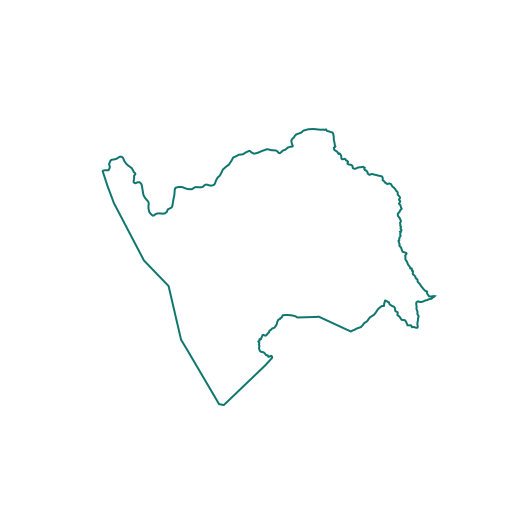 outline of Patuca, Olancho, Honduras, rotated 302°
{"feature_id": "27666195B65375396253537", "entity_name": "Patuca", "entity_type": "district", "adm_level": 2, "iso_a3": "HND", "parent_name": "Honduras", "parent_adm1": "Olancho", "projection": "orthographic", "projection_center": [-85.91, 14.325], "detail": "fine", "context": "isolated", "style": "outline", "palette": "teal", "viewbox_px": 512, "rotation_deg": 302, "n_neighbors": 0, "source": "geoboundaries", "source_scale": "gbopen_adm2", "svg_char_len": 6141}
<svg xmlns="http://www.w3.org/2000/svg" viewBox="0 0 512 512"><g transform="rotate(302 256 256)"><path d="M168.2,321.8L178.0,323.6L178.5,323.5L179.1,322.9L179.4,322.2L179.3,321.7L177.4,320.4L177.1,319.9L177.2,319.7L177.9,318.7L177.9,318.3L177.4,317.7L177.3,317.2L178.0,315.2L178.3,314.1L178.1,312.6L177.4,310.9L177.6,309.6L177.8,309.2L179.2,307.6L180.0,307.1L181.4,306.7L182.2,305.7L183.9,304.9L184.6,303.6L184.8,303.3L186.2,303.9L186.5,303.7L187.0,303.2L187.3,303.1L187.5,303.3L188.1,304.2L192.5,303.5L193.0,304.0L193.3,305.8L193.6,306.3L194.0,306.7L195.0,306.9L197.1,307.1L198.1,307.5L199.7,307.0L201.8,307.9L202.6,308.0L203.2,308.2L204.5,309.3L205.2,309.6L207.7,309.9L209.6,309.6L211.2,309.0L213.7,308.7L214.1,308.9L214.6,309.3L215.5,309.8L216.4,309.6L217.4,310.4L219.4,310.1L219.8,310.1L220.0,310.3L222.0,312.8L224.3,317.1L225.5,320.2L225.8,321.6L225.8,323.7L236.8,340.2L237.8,341.3L242.2,376.4L243.6,377.1L245.8,378.8L247.7,379.7L251.4,382.7L253.6,383.1L256.4,383.3L259.0,384.6L259.9,384.8L264.2,385.1L268.6,387.2L271.1,387.5L274.8,387.6L276.3,387.8L280.1,389.1L281.4,390.9L281.9,390.8L283.9,389.8L285.6,389.5L286.2,389.1L286.6,389.1L286.8,389.4L287.0,390.6L286.9,392.2L287.1,393.2L286.8,393.7L286.2,394.2L285.8,395.4L285.7,398.1L286.1,399.6L286.1,399.9L285.4,401.4L283.2,403.3L283.1,403.8L283.4,405.5L283.2,406.0L282.7,406.5L280.9,407.1L280.8,407.3L280.7,409.6L279.1,413.1L279.3,413.9L280.4,416.1L280.3,416.7L279.9,417.9L277.5,421.3L279.3,424.1L279.2,424.6L278.3,425.8L278.3,426.1L279.5,427.5L279.7,428.9L280.0,429.8L280.5,430.7L281.0,430.9L281.9,430.6L283.5,429.1L285.1,428.2L287.0,427.5L288.7,426.6L291.2,425.8L292.3,423.6L294.2,422.6L296.3,420.0L298.2,419.0L300.2,417.3L301.7,416.6L302.6,416.9L303.5,417.6L303.9,419.5L304.6,420.6L305.7,421.6L308.3,423.4L309.1,424.4L310.9,425.5L312.4,427.1L313.3,427.6L314.3,427.8L315.3,428.4L316.6,428.8L316.3,428.1L314.3,425.8L313.5,424.2L314.2,422.6L314.5,421.8L314.9,421.0L315.4,420.4L316.4,420.0L316.5,419.4L316.2,418.6L316.2,417.7L316.8,415.1L317.4,413.8L317.9,411.9L318.8,410.5L319.8,406.8L320.1,406.5L321.2,405.8L321.5,405.3L321.8,404.4L321.7,403.5L322.8,402.1L323.4,400.8L323.5,400.4L323.5,399.3L323.8,398.8L324.5,398.0L325.2,397.8L326.2,397.2L326.5,396.7L326.2,396.1L327.8,394.8L327.9,394.4L327.3,393.8L327.2,393.4L327.7,393.2L328.8,391.1L329.3,389.5L331.1,387.1L332.3,384.5L332.7,384.1L334.1,383.5L335.4,382.3L337.6,382.5L338.1,382.1L338.2,381.8L337.3,378.1L338.2,376.7L340.1,374.4L340.6,372.2L341.1,371.9L341.6,371.9L342.1,371.5L344.2,368.9L345.1,369.2L346.7,368.2L348.4,367.9L349.6,368.0L350.9,366.7L351.5,366.4L352.4,366.3L352.6,365.7L353.0,365.2L354.2,365.9L355.0,365.7L355.3,365.3L356.1,363.8L357.5,363.6L357.8,363.2L357.9,362.7L358.1,362.3L359.1,361.8L360.3,360.7L362.0,360.5L362.9,360.0L363.3,359.1L364.3,357.8L365.1,355.4L365.7,354.7L366.9,353.9L367.4,353.9L369.1,354.3L371.3,354.1L372.7,354.5L373.3,354.4L373.6,353.8L375.6,351.5L375.9,349.9L376.1,349.6L376.7,349.4L377.9,349.5L378.6,349.4L378.9,349.2L379.4,347.5L380.1,347.3L381.2,347.5L382.0,346.9L382.5,346.1L383.1,343.7L383.6,343.3L384.5,342.9L385.1,342.3L385.5,341.3L385.6,340.2L386.5,338.7L387.1,336.4L387.1,335.0L388.5,332.4L388.2,330.6L386.6,329.2L386.6,328.4L386.8,327.4L386.6,326.6L387.3,325.2L387.4,323.3L389.2,322.2L390.0,321.2L390.2,320.7L389.8,319.2L389.0,317.2L388.4,315.0L387.6,313.0L387.2,311.2L386.5,310.4L385.3,309.6L384.9,308.9L385.1,308.3L385.1,307.0L386.0,306.3L386.6,305.4L386.6,304.3L386.9,303.6L386.6,302.7L387.0,302.3L387.3,301.6L388.4,301.5L388.4,299.6L386.7,297.7L386.0,296.7L384.8,295.3L383.7,294.8L382.7,294.0L382.1,293.2L381.9,292.3L381.9,291.5L383.4,290.2L383.7,289.1L383.7,288.5L382.8,286.2L382.7,284.8L383.1,284.4L384.4,284.3L384.7,284.0L385.0,283.1L384.8,281.6L385.4,280.8L385.4,279.6L383.9,278.2L383.7,277.8L383.7,277.3L384.2,276.5L385.3,275.8L386.1,275.1L387.2,273.1L387.2,272.4L386.9,272.1L386.4,272.0L386.4,271.7L387.1,270.5L387.4,269.6L387.5,266.4L387.9,265.6L389.2,264.6L390.6,265.3L391.1,265.2L391.4,264.5L394.1,262.1L395.9,260.3L398.4,258.7L400.8,256.4L401.1,255.7L401.2,255.1L400.6,253.3L400.2,251.3L399.7,250.0L399.9,249.2L400.4,248.5L400.3,248.1L399.1,247.2L399.0,246.3L397.3,243.9L394.3,237.7L391.3,233.3L387.4,229.7L384.7,229.0L382.8,227.6L381.0,226.1L380.3,225.7L378.6,225.3L376.4,225.3L375.1,224.8L373.9,224.7L372.7,224.8L372.0,225.2L370.1,227.1L369.0,228.7L368.7,228.9L368.3,228.9L367.7,228.4L367.1,227.5L365.0,225.6L361.8,224.6L359.6,222.9L356.6,222.1L355.9,221.8L355.6,221.3L355.5,220.5L356.1,218.4L356.1,217.3L355.7,216.3L353.9,213.0L353.5,212.0L353.1,210.2L352.1,208.4L350.5,207.3L348.5,205.6L344.3,202.7L341.9,200.3L341.6,199.5L341.5,198.3L341.5,197.0L341.8,195.2L341.4,194.4L338.0,192.2L335.6,191.2L334.2,189.7L332.8,187.8L329.6,186.0L328.3,185.0L327.4,184.5L324.3,184.7L319.0,184.6L315.9,183.3L311.8,182.1L307.4,182.6L305.4,182.7L304.3,182.6L302.6,182.0L301.4,181.9L298.8,182.1L295.5,182.8L294.2,182.7L292.8,181.7L291.8,180.5L291.3,179.4L290.5,176.6L289.9,175.6L288.9,174.9L286.7,174.3L285.9,173.8L284.7,172.4L282.5,168.3L281.0,167.3L279.1,166.5L278.5,166.0L276.7,162.9L275.9,160.2L275.5,157.6L274.9,156.0L273.4,153.7L271.6,151.9L270.6,151.6L269.3,151.9L264.5,154.4L259.7,156.2L254.2,158.5L252.8,158.7L251.8,158.4L248.9,156.6L247.8,156.7L246.3,157.0L245.0,156.6L243.8,156.1L242.5,154.6L241.1,151.7L239.7,149.7L238.4,148.7L237.3,148.2L236.5,148.1L235.8,147.4L235.5,146.9L235.6,146.1L236.0,144.2L236.9,142.0L239.5,139.5L241.4,138.3L243.4,137.4L244.4,136.5L245.0,135.7L246.5,131.0L248.1,128.2L250.2,126.3L255.3,121.8L256.3,120.6L256.8,118.6L256.8,117.9L255.5,116.3L253.9,115.3L253.6,114.2L253.8,113.2L254.4,112.7L258.0,111.1L259.4,110.1L261.3,110.3L261.8,110.1L262.2,109.3L262.4,107.9L263.6,106.1L264.1,105.0L264.6,104.3L264.9,101.3L264.9,100.2L265.5,96.9L266.7,94.2L267.5,92.9L268.6,91.5L268.9,90.5L268.9,89.5L268.5,88.6L267.9,87.8L264.4,86.1L263.2,85.0L261.3,82.8L260.4,82.2L259.4,82.1L256.1,82.7L255.7,83.0L254.7,84.3L254.1,84.8L253.0,85.2L250.9,85.5L250.3,85.1L249.0,82.9L247.8,81.5L247.3,81.1L246.6,81.1L236.9,92.7L225.6,107.4L192.8,163.4L184.2,197.8L145.3,236.8L139.2,248.8L110.8,303.2L112.6,307.7L168.2,321.8Z" fill="none" stroke="#0f766e" stroke-width="2"/></g></svg>